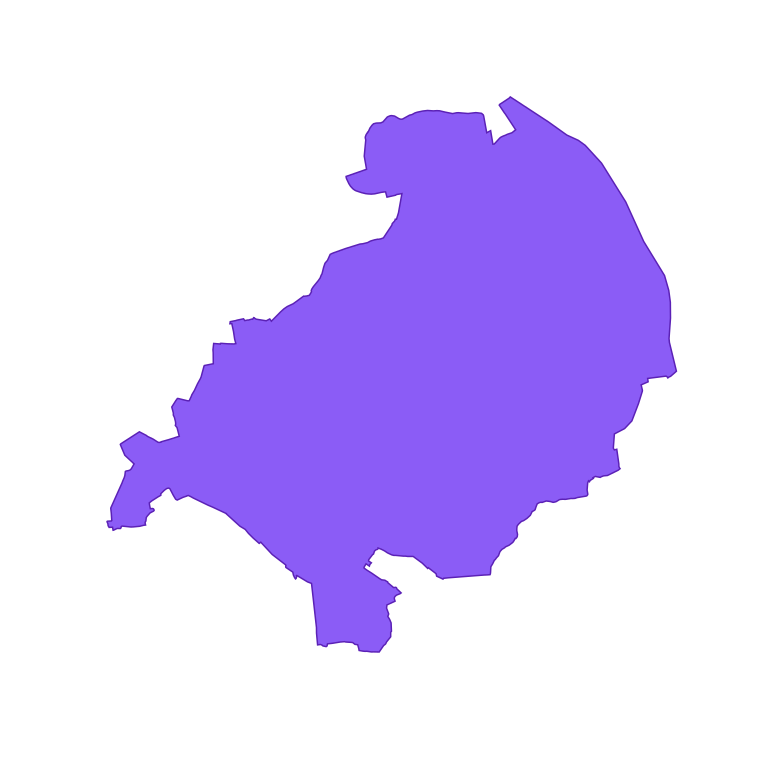 the district of Aliman, Constanta, Romania, rotated 80°
{"feature_id": "2599482B71126522138451", "entity_name": "Aliman", "entity_type": "district", "adm_level": 2, "iso_a3": "ROU", "parent_name": "Romania", "parent_adm1": "Constanta", "projection": "albers", "projection_center": [27.854, 44.172], "detail": "fine", "context": "isolated", "style": "filled", "palette": "violet", "viewbox_px": 768, "rotation_deg": 80, "n_neighbors": 0, "source": "geoboundaries", "source_scale": "gbopen_adm2", "svg_char_len": 6163}
<svg xmlns="http://www.w3.org/2000/svg" viewBox="0 0 768 768"><g transform="rotate(80 384 384)"><path d="M123.2,209.8L124.2,211.1L129.0,222.2L128.9,222.3L137.8,218.4L139.1,217.7L156.5,210.2L158.8,214.4L159.5,219.2L160.1,221.3L160.5,223.5L161.2,226.0L161.9,227.3L166.4,233.2L166.8,233.8L166.8,234.3L166.7,235.1L153.0,235.0L154.4,239.2L137.4,239.3L136.2,239.5L134.4,240.9L133.9,242.4L132.7,246.4L132.2,254.2L129.7,263.8L129.5,265.6L129.6,269.5L126.8,276.7L124.6,281.8L124.0,284.4L123.6,288.0L122.2,293.6L121.9,298.6L122.1,304.1L122.4,306.4L123.5,309.6L123.7,312.2L126.0,318.9L126.3,319.8L126.3,320.6L125.9,322.1L125.1,323.4L122.0,327.0L121.0,329.9L120.9,331.3L121.5,334.2L121.4,334.1L125.7,339.5L126.3,341.8L125.7,346.4L125.9,349.1L127.1,350.9L129.5,353.4L131.9,355.0L133.4,356.2L134.0,356.9L133.8,356.9L135.3,358.3L137.6,359.6L138.6,359.7L140.5,359.6L156.2,363.9L169.5,363.9L173.0,385.3L174.4,385.4L175.9,385.1L180.6,383.8L183.5,382.6L186.3,380.8L187.9,379.3L188.9,378.0L191.7,372.8L193.4,368.9L194.1,366.5L194.8,363.5L195.1,360.1L194.8,353.5L194.9,350.5L195.1,349.1L200.5,348.6L200.1,339.8L199.6,338.8L199.6,333.3L217.9,340.0L223.9,343.1L223.7,344.3L224.4,344.6L225.4,345.3L227.4,348.0L228.6,348.5L229.6,349.3L240.0,359.2L240.5,362.0L240.5,364.4L240.3,365.2L240.4,368.4L240.7,371.2L240.9,372.6L241.9,375.6L242.2,380.7L242.0,383.3L242.2,384.9L243.9,398.2L246.0,410.6L246.5,412.9L247.0,414.5L251.7,417.7L252.5,418.3L254.5,420.8L255.1,421.3L258.6,423.2L264.7,425.9L266.0,427.0L268.5,428.5L270.9,430.9L275.7,436.5L277.7,438.4L279.2,439.4L279.9,439.5L280.6,439.4L283.7,442.1L283.9,445.1L283.7,447.6L283.5,447.9L289.2,459.5L290.9,465.8L292.6,469.5L295.0,473.3L302.6,484.0L300.1,485.2L301.3,489.0L298.0,498.5L297.1,499.7L296.3,500.2L296.0,500.8L297.4,502.1L297.1,502.7L297.5,506.7L297.3,507.2L297.4,510.1L295.4,511.0L295.6,517.5L295.8,519.1L295.9,524.6L297.9,525.3L298.1,523.4L306.1,523.1L313.9,523.3L318.5,522.9L318.5,524.8L318.1,526.8L317.3,530.8L315.7,537.1L315.6,538.0L316.2,538.2L314.5,544.7L320.6,546.5L323.6,546.8L334.4,548.6L334.6,557.7L335.0,558.1L345.3,562.9L346.8,563.9L351.4,567.6L357.4,571.8L361.2,575.1L362.6,575.9L366.6,578.7L366.7,579.0L366.4,580.4L362.5,589.3L362.4,590.0L364.2,591.9L369.8,597.0L376.0,596.5L378.0,596.9L380.5,596.2L385.0,595.9L387.4,596.1L388.4,596.7L388.7,596.7L390.9,595.4L399.9,594.7L401.4,605.6L402.2,613.6L402.6,613.8L402.5,615.7L402.1,616.7L398.2,620.9L394.4,626.2L393.6,626.7L388.6,633.2L397.0,653.1L397.4,653.9L397.8,654.2L409.2,651.6L419.3,644.0L423.4,647.4L424.1,648.2L424.7,649.3L424.9,650.8L424.9,653.1L425.2,653.9L429.1,655.1L431.1,656.1L434.1,658.1L436.0,659.2L458.5,674.5L459.1,674.7L463.8,675.0L471.2,675.8L471.5,676.2L471.4,677.6L471.1,680.0L471.2,680.5L471.6,680.7L473.6,680.2L475.7,680.3L477.5,679.6L477.9,676.2L481.0,676.2L481.0,675.7L480.0,672.2L480.0,671.4L480.5,669.1L480.5,668.5L479.6,667.8L478.9,667.6L478.6,667.3L478.5,666.4L480.9,658.0L481.2,655.6L481.7,649.3L481.4,645.1L481.5,643.3L479.3,643.4L478.5,643.1L477.6,642.3L474.2,641.3L472.9,640.0L470.3,636.7L469.2,633.1L468.7,632.4L468.1,632.3L466.9,632.7L466.4,633.6L466.2,635.8L462.3,635.9L460.3,635.8L458.7,632.8L455.9,626.1L454.9,623.2L454.7,623.0L453.3,622.9L450.5,618.8L449.2,616.1L449.1,614.3L449.4,613.6L450.1,613.0L457.1,610.8L461.3,609.2L462.4,607.8L460.7,601.6L460.1,597.6L459.9,597.5L459.8,596.1L461.4,593.8L463.2,591.6L472.8,578.3L475.6,574.0L484.2,561.8L484.4,561.9L499.0,550.6L503.1,545.9L507.6,543.4L513.0,539.6L519.3,534.6L518.4,532.8L532.5,523.7L545.0,512.3L545.5,512.1L546.6,512.5L547.6,512.5L553.4,506.5L556.4,506.4L559.1,505.7L560.6,505.0L560.2,504.3L558.4,503.4L557.5,503.5L557.4,503.1L565.6,493.7L567.8,490.0L612.2,492.8L617.5,493.7L629.4,494.7L629.5,491.8L630.2,490.6L631.3,489.7L632.6,486.6L632.3,485.9L632.0,485.5L630.1,484.8L630.4,479.8L630.5,472.0L630.9,467.6L631.4,466.6L631.7,465.4L632.8,461.0L633.2,459.7L635.3,457.9L636.2,455.2L640.2,454.8L642.1,454.8L643.3,451.5L644.0,449.1L644.2,447.4L645.7,442.9L646.0,440.7L647.1,435.3L641.5,429.8L640.5,427.9L640.0,427.3L638.6,426.4L634.1,421.3L629.6,420.5L628.8,419.6L620.5,418.5L616.9,419.3L613.5,420.6L611.3,419.3L605.2,420.4L602.1,419.5L599.8,410.8L597.6,411.1L596.5,411.0L595.6,410.5L594.9,409.7L594.1,408.4L593.3,404.5L592.7,403.4L588.0,406.9L586.9,407.1L586.4,407.5L586.2,408.0L586.2,409.7L586.0,410.0L580.5,414.6L579.4,414.8L579.2,415.2L577.4,417.2L576.4,420.4L574.8,422.2L568.2,428.9L564.1,433.4L561.8,435.6L561.4,435.6L560.4,435.0L558.0,432.9L560.8,430.0L559.3,429.3L557.9,427.5L555.6,429.9L554.4,429.6L550.0,424.8L549.7,423.9L546.8,422.3L545.9,420.7L545.7,419.2L545.2,418.4L544.5,418.3L546.3,415.3L548.4,412.5L550.9,409.9L553.6,406.1L554.5,404.1L554.8,402.3L556.9,394.7L557.2,392.9L557.9,390.7L558.9,385.2L567.1,377.4L573.2,373.0L572.6,372.3L579.8,365.7L582.4,365.5L586.4,359.8L585.7,359.0L586.0,354.5L589.5,318.7L589.9,315.7L590.2,312.7L589.4,312.2L588.1,311.8L582.5,310.5L579.9,308.2L576.6,305.8L576.3,305.0L574.8,303.5L573.0,301.1L569.2,298.9L567.3,296.5L566.2,293.6L565.5,292.7L564.5,288.8L562.6,285.1L561.8,284.0L558.8,281.5L559.1,281.0L558.3,280.0L557.5,279.3L555.3,278.6L551.5,278.7L549.4,278.3L547.3,277.7L546.6,277.2L545.2,275.6L543.2,272.5L542.8,270.3L541.2,266.6L538.7,262.7L535.4,260.3L534.5,257.7L534.0,257.0L531.7,255.8L528.7,254.0L528.0,252.3L527.7,250.9L527.8,249.5L528.1,249.0L527.4,244.5L528.6,240.7L529.9,238.0L529.9,236.1L529.7,234.7L528.4,231.5L528.3,230.5L528.5,228.1L529.1,225.3L529.2,219.7L529.5,218.4L529.8,215.8L529.4,213.3L529.5,204.4L529.3,203.6L528.6,202.8L527.9,202.4L523.7,202.4L516.8,200.6L514.9,199.4L515.9,198.6L515.0,197.9L514.7,197.5L513.3,194.2L512.6,194.5L511.7,192.0L513.5,187.3L513.0,185.9L512.6,183.7L512.9,179.8L509.6,168.4L508.4,166.2L507.6,166.6L506.0,167.0L503.5,166.6L488.7,166.1L488.9,168.6L487.4,169.2L486.6,169.2L473.2,165.8L469.7,154.8L463.4,146.3L447.5,136.8L436.1,130.9L435.1,130.6L429.5,130.9L427.7,123.5L424.3,123.4L425.2,105.1L425.5,104.4L426.3,103.8L427.3,103.4L426.6,102.2L426.2,100.4L422.2,93.8L392.7,95.7L388.7,95.4L368.8,90.4L353.2,87.8L341.3,87.3L325.9,88.9L288.7,103.5L246.7,114.3L204.3,131.4L183.9,144.4L177.8,150.3L170.6,160.7L154.5,176.5L123.2,209.8Z" fill="#8b5cf6" stroke="#5b21b6" stroke-width="1.5"/></g></svg>